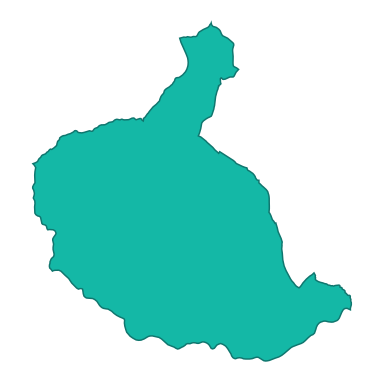 Guateque, Boyacá, Colombia
{"feature_id": "7082276B31731759367156", "entity_name": "Guateque", "entity_type": "district", "adm_level": 2, "iso_a3": "COL", "parent_name": "Colombia", "parent_adm1": "Boyacá", "projection": "mercator", "projection_center": [-73.483, 5.023], "detail": "fine", "context": "isolated", "style": "filled", "palette": "teal", "viewbox_px": 384, "rotation_deg": 0, "n_neighbors": 0, "source": "geoboundaries", "source_scale": "gbopen_adm2", "svg_char_len": 5911}
<svg xmlns="http://www.w3.org/2000/svg" viewBox="0 0 384 384"><path d="M238.6,69.4L236.6,67.9L234.0,66.6L233.4,65.9L233.1,64.7L233.0,63.0L233.1,56.3L232.6,50.7L232.7,49.0L233.8,45.0L233.5,43.5L232.8,42.7L227.6,38.2L223.1,36.0L222.4,35.5L221.4,33.8L220.2,30.9L219.0,29.4L216.5,27.5L215.1,27.0L213.2,26.5L212.7,26.2L211.6,24.8L211.2,23.0L211.0,23.6L210.0,24.5L209.4,25.8L208.7,26.7L207.7,27.5L203.3,29.5L199.4,31.9L198.6,32.8L197.1,35.6L196.6,36.2L195.7,36.6L193.2,36.5L191.5,37.1L190.4,37.2L187.4,36.7L186.1,37.3L183.8,37.1L179.7,38.2L181.0,42.4L186.0,53.6L187.6,57.8L188.0,60.0L188.2,62.5L188.1,64.2L187.9,65.9L187.0,68.8L186.2,70.5L185.3,72.0L182.6,75.0L179.8,77.0L178.8,77.5L178.0,77.6L177.2,77.6L175.9,78.0L175.3,78.6L175.0,79.2L174.5,81.0L173.1,82.9L172.1,84.6L171.3,85.0L170.7,85.7L169.3,86.9L166.2,88.8L165.0,89.9L164.4,90.7L163.8,92.8L163.6,93.3L161.7,95.4L160.9,96.7L160.0,99.0L159.4,101.1L158.6,101.8L156.3,104.3L153.1,106.9L149.2,111.6L148.1,113.3L147.6,113.6L145.0,117.3L143.5,118.4L143.5,120.0L143.2,121.0L141.8,119.9L141.5,119.2L140.9,118.6L140.0,118.5L136.2,119.7L135.7,119.6L134.2,118.2L133.6,118.0L131.9,118.2L129.2,119.5L128.3,119.7L124.6,119.9L123.2,119.7L122.3,119.3L121.8,119.2L121.0,119.4L120.3,119.8L119.3,119.8L117.7,119.4L116.7,119.3L115.6,119.6L114.6,120.1L112.8,121.7L112.0,121.9L109.0,122.4L106.5,124.0L104.7,124.8L101.4,124.9L100.1,125.3L99.0,125.9L97.5,127.5L95.2,128.3L94.3,128.9L92.6,131.1L91.8,131.3L89.4,130.8L84.1,132.4L81.8,132.9L78.9,132.6L78.1,132.3L77.5,131.8L77.0,131.1L76.4,130.8L75.5,130.6L74.6,130.8L73.5,131.9L70.2,133.7L68.2,134.2L65.4,135.4L63.2,135.7L61.5,136.5L59.9,137.7L59.6,138.2L59.6,139.2L59.4,139.6L58.0,141.0L57.6,141.5L56.9,144.1L56.8,144.9L56.6,145.5L55.4,146.6L54.2,147.7L51.8,149.4L51.3,149.4L50.8,149.1L50.1,149.3L49.3,150.0L48.1,151.6L46.9,152.2L45.7,153.7L44.9,154.1L42.5,155.0L41.7,155.6L40.6,157.4L39.4,158.4L38.7,159.2L37.8,161.1L37.3,161.7L35.6,162.7L32.9,163.7L34.4,165.3L35.7,167.6L35.0,171.5L34.7,175.2L35.0,182.7L33.5,185.1L32.7,186.9L32.7,188.2L33.8,190.5L34.4,193.2L34.2,195.0L33.3,198.0L34.8,200.9L35.0,203.6L34.6,206.9L34.9,213.1L35.8,214.6L37.6,215.9L39.3,216.3L40.0,216.7L40.6,217.6L41.9,223.5L42.7,224.3L44.5,224.8L45.7,225.3L46.4,226.2L47.1,228.9L47.8,229.8L49.4,229.5L53.3,229.8L55.0,230.9L55.8,232.4L56.0,233.7L55.2,235.1L53.6,237.3L52.8,238.9L52.7,240.1L53.6,244.1L53.1,247.3L53.1,249.5L54.1,254.0L54.0,255.2L53.6,256.6L52.1,257.9L51.1,259.1L50.0,261.9L50.0,263.2L49.5,264.8L49.4,266.4L49.7,268.0L51.1,269.4L52.4,271.1L53.5,270.6L54.9,270.3L58.8,270.2L61.0,271.2L64.8,275.0L68.7,278.5L71.7,283.0L76.6,288.0L78.4,289.1L80.1,288.6L81.2,288.6L82.5,289.0L82.8,290.3L83.3,293.8L84.0,296.1L85.4,297.4L86.6,298.0L92.6,298.5L94.7,299.5L96.9,301.3L99.7,305.6L101.6,307.4L103.3,308.3L105.9,308.8L108.1,309.1L111.7,311.2L114.0,313.4L116.8,315.4L119.9,317.0L122.8,318.2L124.3,319.1L124.6,320.3L124.4,323.0L124.8,326.0L125.8,329.6L126.7,332.2L130.1,336.2L133.0,338.2L136.1,339.9L138.8,340.3L141.1,340.1L144.2,338.9L148.0,336.6L149.8,336.0L152.3,335.9L159.0,337.4L161.6,339.0L167.9,344.7L174.1,347.1L176.0,348.3L177.6,349.0L179.0,348.7L181.4,347.4L183.5,346.4L185.3,345.1L186.2,344.1L187.7,343.6L190.0,343.7L191.5,343.1L193.1,342.7L195.2,342.8L197.1,343.3L198.8,343.3L202.4,341.9L204.2,342.0L206.4,342.8L208.1,343.9L209.4,345.3L211.2,348.4L212.7,348.9L214.4,348.2L216.8,345.1L218.7,344.1L220.7,343.5L223.0,344.4L225.7,346.1L227.6,348.5L231.0,354.0L231.6,355.8L232.9,357.6L234.4,358.5L235.6,358.7L237.4,358.0L239.5,357.7L241.6,358.0L243.6,358.8L246.0,359.0L249.4,359.0L252.3,358.6L255.0,357.6L257.0,357.1L258.5,357.4L263.8,360.7L265.7,361.0L267.5,360.8L269.4,360.4L275.3,358.1L278.9,356.9L281.8,355.3L284.5,353.2L290.9,347.7L292.6,346.7L297.4,344.8L301.1,343.5L303.2,342.4L305.2,340.7L308.2,337.7L310.9,335.4L312.9,334.6L314.5,333.1L315.8,329.4L316.4,327.2L317.5,324.9L319.1,323.1L320.5,322.2L323.8,321.1L325.5,321.1L328.4,321.8L331.4,322.1L333.2,322.0L336.9,320.6L338.2,319.6L339.3,318.0L341.7,312.4L342.9,310.2L343.9,309.1L344.9,308.5L347.0,308.3L350.4,309.8L350.4,308.1L351.3,304.8L351.3,302.6L350.7,300.9L350.9,299.7L350.2,297.7L350.3,296.3L350.1,295.8L349.8,295.5L349.2,295.3L348.4,295.4L347.7,295.2L346.1,293.3L345.5,293.0L345.1,292.6L345.0,291.1L344.8,290.7L343.9,289.9L342.6,289.3L342.2,289.0L342.1,288.2L341.9,287.8L341.5,287.5L340.1,287.2L339.8,285.6L339.5,285.3L338.9,285.1L336.0,285.4L334.8,285.6L333.7,286.1L332.3,285.7L331.0,285.8L329.6,285.2L328.7,285.2L327.9,284.9L326.7,284.0L324.6,283.6L323.1,283.0L320.3,282.3L318.3,281.6L316.3,280.4L315.5,279.6L315.3,279.0L315.6,277.8L315.3,277.5L315.2,277.0L315.4,275.4L314.0,272.9L312.1,274.7L309.7,276.2L306.3,279.2L302.9,283.0L301.6,285.0L300.4,286.6L299.1,287.8L298.9,287.8L296.4,286.3L294.7,284.4L293.6,282.8L291.9,281.0L290.6,279.1L286.0,270.5L284.1,265.9L282.8,260.0L282.3,253.3L281.7,248.9L282.0,245.5L281.9,244.0L282.2,242.0L281.9,241.1L281.1,238.5L278.1,231.7L277.3,228.0L275.8,223.0L275.0,223.3L273.9,221.4L272.4,219.7L270.8,215.4L269.7,213.2L269.0,212.5L269.3,208.8L269.3,206.0L269.2,202.3L269.2,198.5L269.0,196.3L268.7,194.8L267.7,191.6L267.0,190.6L266.1,189.5L263.3,186.9L262.4,186.2L260.5,184.3L258.9,182.8L258.9,180.3L257.9,180.3L257.0,179.9L255.7,178.2L255.2,176.7L254.4,175.3L252.9,173.5L249.5,171.1L247.9,170.3L247.4,169.5L246.9,167.9L245.0,167.4L242.6,166.5L236.5,163.6L235.7,162.9L235.0,161.9L233.4,160.5L219.7,151.7L218.7,153.3L214.9,149.9L212.8,147.4L207.1,142.4L206.1,141.2L201.0,137.1L198.3,135.9L199.4,133.3L200.7,128.8L201.7,123.2L202.2,122.3L203.5,120.8L206.4,118.7L208.1,117.7L209.7,117.0L211.2,116.2L211.9,114.9L213.8,109.1L214.1,107.2L214.5,105.8L215.6,96.5L216.1,94.8L216.9,91.6L218.0,88.8L218.2,87.1L218.8,86.6L218.6,85.7L220.1,84.7L220.9,83.8L220.5,82.3L220.3,78.8L221.0,78.0L221.3,77.9L221.6,78.1L222.8,79.3L223.5,79.4L225.3,79.1L229.4,77.2L230.1,77.0L233.1,77.0L234.1,76.1L236.0,72.3L238.6,69.4Z" fill="#14b8a6" stroke="#0f766e" stroke-width="1.5"/></svg>